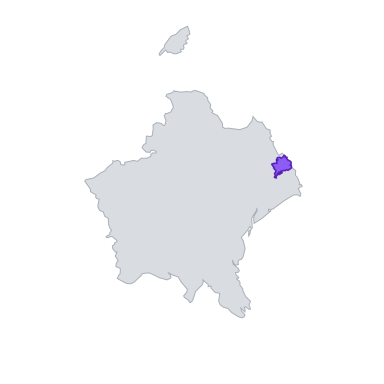 France, with Hautes-Pyrénées highlighted, rotated 225°
{"feature_id": "FRA-5305", "entity_name": "Hautes-Pyrénées", "entity_type": "Metropolitan department", "adm_level": 1, "iso_a3": "FRA", "parent_name": "France", "parent_adm1": "", "projection": "albers", "projection_center": [0.066, 43.14], "detail": "fine", "context": "in_parent", "style": "filled", "palette": "violet", "viewbox_px": 384, "rotation_deg": 225, "n_neighbors": 0, "source": "natural_earth", "source_scale": "10m", "svg_char_len": 6211}
<svg xmlns="http://www.w3.org/2000/svg" viewBox="0 0 384 384"><g transform="rotate(225 192 192)"><path d="M270.1,158.0L268.2,159.3L267.2,161.6L266.0,162.2L263.7,162.5L262.4,161.2L259.7,162.3L258.7,163.8L260.5,165.4L255.6,173.0L252.2,175.2L251.8,180.0L247.9,183.8L246.6,187.6L246.5,188.3L247.7,189.5L247.4,191.9L245.4,193.6L245.5,195.2L246.1,195.4L249.3,193.9L250.4,192.4L249.6,190.5L252.7,187.8L258.6,188.0L259.6,191.1L259.0,193.8L263.7,199.3L260.2,202.3L260.2,204.1L264.4,209.6L267.0,211.9L266.1,215.9L262.2,218.8L259.6,218.8L258.6,219.5L258.8,220.7L260.9,224.1L265.4,226.1L266.3,228.7L265.2,229.7L263.5,234.0L264.5,235.9L264.3,236.8L264.8,238.1L266.1,239.4L272.5,242.3L278.0,241.2L278.9,243.1L276.0,248.7L276.4,251.1L274.6,251.3L274.4,252.1L271.1,254.2L266.0,260.0L263.5,261.8L262.6,264.6L261.2,266.3L253.4,270.0L251.8,269.4L247.9,269.7L245.3,267.9L240.5,267.0L238.8,264.3L234.4,264.0L234.0,262.1L228.0,264.2L219.2,262.1L216.0,259.5L213.6,260.3L211.4,262.9L202.4,269.8L198.9,276.7L199.9,284.6L202.2,288.5L196.4,288.0L193.1,289.3L192.2,291.0L184.0,289.3L181.0,291.0L180.2,290.9L179.1,289.3L175.1,287.5L175.7,286.1L175.1,285.0L171.3,284.1L170.0,285.3L168.6,283.0L158.1,279.5L156.4,279.6L155.7,283.2L149.0,283.1L148.0,282.5L143.6,283.2L139.0,279.9L133.9,280.5L130.7,277.0L127.7,276.8L123.4,274.9L121.4,274.0L121.2,273.0L119.9,274.5L118.3,274.1L118.0,273.6L119.0,271.7L119.3,269.5L113.9,267.8L112.6,266.2L112.6,265.3L115.5,264.6L118.1,261.6L120.8,250.5L122.7,237.4L124.1,234.9L125.7,234.2L124.4,232.4L122.8,234.8L123.9,222.7L125.9,213.7L130.2,217.4L131.2,219.1L132.5,224.5L134.9,226.7L133.4,224.5L131.8,217.3L130.9,215.3L124.0,209.2L123.8,207.8L126.8,208.6L125.6,204.1L125.1,194.7L120.9,193.6L114.4,189.5L110.0,182.2L109.5,179.5L110.8,176.7L109.8,174.8L107.9,173.5L109.4,171.1L110.8,170.9L115.5,172.4L111.7,170.0L105.4,170.7L102.9,169.8L102.5,168.1L104.3,165.9L102.2,164.5L98.6,164.7L98.2,164.1L99.3,162.6L98.4,162.0L95.5,162.5L93.9,161.9L92.4,160.1L87.7,159.5L86.7,158.4L80.3,156.1L73.5,156.1L71.8,152.5L67.8,150.5L68.7,149.4L72.9,148.6L73.7,147.7L70.8,146.0L69.8,144.5L75.3,144.5L72.9,142.8L67.6,142.6L67.0,140.5L67.8,138.3L71.0,136.6L78.8,134.8L84.3,135.0L88.4,132.7L92.3,132.2L95.9,133.6L100.7,139.9L104.8,137.3L110.8,137.6L112.0,139.1L113.6,136.4L114.9,138.0L122.2,137.6L120.5,136.5L119.2,133.8L119.1,124.2L115.5,117.1L114.7,114.6L115.0,112.4L119.2,112.9L122.8,112.0L124.5,112.7L124.8,117.2L126.3,119.8L136.2,120.7L141.9,122.2L146.7,119.6L151.2,118.5L151.5,117.9L148.9,118.1L146.6,117.0L146.2,115.8L147.5,112.3L154.3,108.4L164.2,105.0L166.7,102.8L169.6,98.8L168.9,97.8L169.2,87.0L170.6,83.5L174.2,80.8L183.7,78.0L185.0,81.4L185.0,83.3L187.6,86.3L188.9,87.2L193.0,85.4L195.1,88.1L195.8,91.3L200.9,92.4L202.6,96.5L203.4,95.5L206.6,95.6L208.1,95.9L210.2,97.6L209.8,100.1L210.7,101.2L209.9,103.6L210.6,104.5L216.4,104.2L218.1,103.1L218.8,100.7L220.5,99.3L221.2,99.7L220.3,104.0L221.2,105.0L221.8,108.1L224.0,108.2L228.5,110.3L232.4,114.2L236.8,113.2L240.5,115.2L244.1,113.7L247.6,114.7L248.9,115.8L252.6,121.2L255.0,119.9L256.8,120.4L257.5,122.0L264.1,120.5L265.4,121.9L266.8,122.4L275.4,123.8L275.7,125.9L271.4,132.4L270.1,141.2L268.9,144.3L268.6,146.6L269.1,148.1L269.1,150.4L268.5,156.1L269.3,157.7L270.1,158.0ZM313.9,270.9L313.8,274.5L315.4,277.0L317.0,287.2L314.8,292.4L315.0,298.5L312.4,306.0L306.7,303.4L305.0,301.8L306.1,298.9L302.9,297.7L303.4,295.0L302.9,293.7L300.7,293.8L300.6,293.1L301.9,290.9L301.8,289.7L299.6,288.3L299.0,286.9L300.8,285.1L299.8,283.8L298.7,283.5L300.8,278.6L302.5,277.0L306.5,275.3L308.0,273.3L310.7,274.0L311.1,273.5L311.2,266.0L312.1,265.8L313.1,266.7L313.9,270.9ZM124.4,204.6L123.8,206.7L121.2,203.0L120.9,201.0L124.4,204.6Z" fill="#d9dde1" stroke="#a8b0b8" stroke-width="1"/><path d="M140.6,280.9L140.2,280.8L139.9,280.4L138.9,279.7L138.8,279.3L138.7,278.7L138.7,278.4L138.7,278.2L138.8,277.9L138.9,277.6L139.1,277.5L139.2,277.3L139.3,277.1L139.3,276.7L139.3,276.4L139.2,276.1L139.2,275.9L139.2,275.7L139.3,275.5L139.6,275.2L139.9,275.0L140.0,274.9L140.6,274.8L140.8,274.8L141.0,274.7L141.0,274.0L140.9,273.7L141.0,273.4L141.1,273.1L141.6,272.8L141.7,272.7L141.9,272.6L142.0,272.3L142.3,271.7L142.5,271.6L142.8,271.6L142.9,271.4L143.0,271.2L143.1,270.6L143.3,270.3L143.6,270.0L143.8,269.9L143.8,269.7L143.9,269.4L143.7,268.9L143.7,268.5L143.8,268.3L143.9,268.0L144.0,267.9L144.2,267.7L144.6,267.6L144.8,267.3L144.8,267.1L144.5,266.6L144.5,266.2L144.5,265.3L144.5,265.2L144.4,265.0L144.2,265.0L143.9,265.4L143.8,265.5L143.6,265.5L143.5,265.3L143.5,264.9L143.5,264.6L143.8,264.6L144.0,264.5L144.1,264.4L144.1,264.2L144.0,263.9L143.5,262.9L143.4,262.7L143.1,262.4L142.8,261.8L142.4,261.6L142.8,261.2L143.3,260.9L143.8,260.7L144.3,260.8L144.5,261.7L144.8,262.5L145.1,262.6L146.0,263.2L146.4,263.2L146.6,263.3L146.7,264.0L147.0,264.3L147.0,264.5L146.9,265.1L146.9,265.4L146.9,265.6L147.3,265.8L147.6,266.3L147.9,266.5L148.1,266.6L148.4,266.6L149.6,266.3L149.9,266.4L150.0,266.5L150.3,266.9L150.4,267.1L150.6,267.1L150.8,267.1L151.1,267.0L151.2,266.9L151.3,266.8L151.5,267.1L151.6,267.3L151.9,267.5L152.7,267.4L155.2,268.0L155.3,268.5L155.1,268.8L154.5,269.4L154.4,269.7L154.5,269.9L154.5,270.2L154.4,270.4L153.9,270.6L153.7,270.7L153.6,270.8L153.4,271.2L152.2,272.4L154.4,273.8L154.3,274.2L154.0,274.8L153.8,275.2L153.9,275.5L154.1,275.4L154.6,275.0L155.2,274.8L155.5,275.6L155.8,276.4L155.9,276.6L154.8,278.4L154.2,278.8L153.3,278.7L152.9,278.8L152.7,279.3L152.6,279.9L152.5,281.3L152.8,282.8L152.7,283.2L152.1,283.4L151.7,283.4L151.4,283.3L151.3,283.2L151.2,282.9L150.7,282.5L150.4,282.6L150.1,283.0L149.6,283.7L149.3,283.7L149.0,283.4L148.6,282.7L148.4,282.6L147.4,282.3L147.1,282.3L146.8,282.6L145.7,282.7L144.3,283.3L143.7,283.3L143.0,283.0L142.9,282.9L142.7,282.7L142.4,282.6L142.2,282.5L142.2,282.4L142.2,282.2L141.8,281.8L141.5,281.5L141.4,281.0L141.5,280.6L141.2,280.8L140.6,280.9ZM142.4,268.2L142.8,268.4L142.9,269.0L142.6,269.5L142.3,269.6L142.1,269.5L142.0,269.3L141.9,269.2L141.9,268.6L142.4,268.2ZM142.8,266.2L143.0,266.2L143.1,266.3L143.2,266.5L143.3,266.7L143.2,266.9L143.2,267.0L143.1,267.4L143.0,267.5L142.9,267.6L142.7,267.6L142.4,267.4L142.3,267.1L142.4,266.6L142.5,266.4L142.6,266.2L142.8,266.2Z" fill="#8b5cf6" stroke="#5b21b6" stroke-width="1.5"/></g></svg>